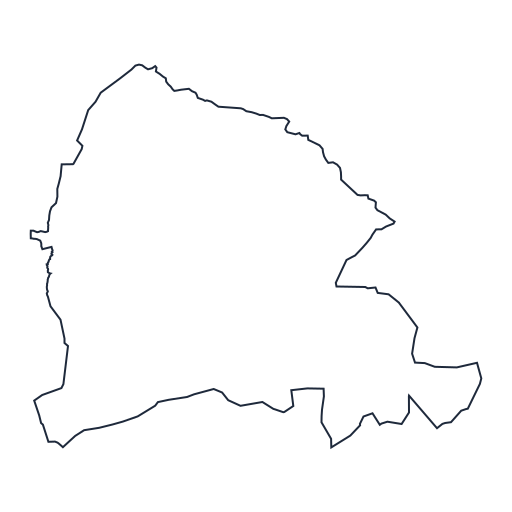 Dass, Bauchi, Nigeria
{"feature_id": "59680162B55124041708975", "entity_name": "Dass", "entity_type": "district", "adm_level": 2, "iso_a3": "NGA", "parent_name": "Nigeria", "parent_adm1": "Bauchi", "projection": "albers", "projection_center": [9.466, 10.009], "detail": "fine", "context": "isolated", "style": "outline", "palette": "slate", "viewbox_px": 512, "rotation_deg": 0, "n_neighbors": 0, "source": "geoboundaries", "source_scale": "gbopen_adm2", "svg_char_len": 3470}
<svg xmlns="http://www.w3.org/2000/svg" viewBox="0 0 512 512"><path d="M259.8,115.0L256.3,113.6L251.7,112.2L246.3,111.2L243.2,109.1L240.8,108.3L218.4,106.7L215.1,104.4L211.4,101.7L206.9,100.4L205.1,100.9L203.0,99.7L200.7,98.9L197.8,97.9L196.7,94.7L195.5,92.7L192.0,91.2L188.9,88.8L185.5,89.2L181.2,89.7L179.0,90.1L177.6,90.4L174.3,90.9L172.6,89.3L170.8,86.7L168.2,84.3L166.2,81.6L165.8,78.3L163.0,76.6L159.7,73.9L155.9,71.5L156.5,67.6L155.2,66.1L152.2,68.2L148.0,69.3L145.2,67.6L142.2,65.3L139.0,64.6L135.4,65.6L131.4,69.6L120.3,78.2L100.7,92.7L95.5,101.8L88.2,110.1L82.0,129.3L77.1,140.5L82.4,145.8L81.7,149.1L73.5,163.8L72.9,164.2L65.5,164.3L61.7,164.3L60.6,176.2L58.7,183.9L57.3,188.9L57.4,196.7L56.0,203.1L51.5,207.3L50.0,211.3L49.3,215.4L49.0,220.0L47.8,222.8L48.4,225.1L48.1,226.4L48.2,227.8L48.1,229.2L48.0,231.2L46.7,231.8L45.2,232.1L42.6,231.5L40.7,231.1L38.7,231.9L37.1,232.2L35.6,231.6L33.5,230.7L30.8,230.7L30.7,233.8L30.8,238.3L32.7,238.5L33.8,238.8L35.1,238.8L36.9,239.1L38.4,239.8L40.2,240.6L41.1,242.8L41.3,243.8L41.3,244.9L41.3,246.3L41.6,246.9L41.9,247.9L42.4,249.2L51.5,246.9L51.8,248.0L52.0,248.9L52.6,250.3L52.5,251.0L51.9,251.6L52.4,252.3L51.7,252.9L51.4,253.8L52.4,254.9L52.0,255.4L51.4,255.6L50.8,256.2L50.3,256.7L50.1,257.8L50.1,259.1L49.6,259.2L49.1,259.9L48.8,260.6L48.6,261.8L48.0,262.4L47.8,263.1L47.9,264.1L47.3,264.5L46.7,264.4L46.7,264.9L46.9,265.3L47.3,265.7L47.5,266.4L47.2,267.1L47.3,267.9L48.0,268.7L48.1,269.7L47.8,270.6L47.9,272.2L49.6,273.3L50.5,273.5L50.0,273.9L49.5,274.7L49.2,275.5L48.9,276.8L48.2,277.7L48.0,278.8L47.7,279.6L47.7,280.9L47.5,282.0L47.4,282.8L47.0,283.9L47.1,285.2L46.8,286.9L46.9,288.4L47.1,289.8L47.5,290.6L47.8,291.4L47.3,292.5L46.8,293.3L47.2,295.2L47.9,296.6L50.5,306.3L60.5,319.7L64.5,338.6L64.5,343.0L68.0,346.0L63.4,384.1L61.4,388.1L42.2,395.0L34.2,400.6L39.2,415.4L41.1,423.1L42.9,424.6L48.4,441.8L55.0,441.6L57.5,442.6L58.6,443.4L61.6,446.0L62.9,447.2L68.0,442.5L71.6,439.2L75.2,435.9L84.1,430.2L99.2,427.8L112.5,424.5L122.8,421.6L137.7,416.4L155.2,405.7L157.9,402.1L168.7,399.8L187.0,397.0L194.1,394.3L213.7,389.0L222.1,392.5L228.2,400.2L240.5,405.8L262.4,402.0L273.4,408.9L274.1,409.1L274.8,409.3L283.3,412.2L284.3,412.0L293.3,406.0L291.3,390.2L307.3,388.4L323.6,388.7L323.9,396.4L322.0,409.7L321.6,416.0L321.5,422.3L331.1,438.8L331.3,447.4L350.3,435.6L360.1,425.3L359.9,423.9L363.5,416.5L372.5,413.3L379.8,424.8L381.4,423.6L387.4,421.7L401.6,424.0L409.0,412.5L408.9,396.2L409.0,395.6L437.0,428.2L442.4,423.9L445.1,423.0L451.0,422.2L461.2,410.7L466.2,409.0L466.3,409.0L467.8,408.7L479.9,383.9L481.3,378.4L477.0,362.8L456.8,367.4L434.8,366.8L424.8,363.1L415.0,362.6L412.1,353.7L414.5,338.2L417.4,327.5L399.0,302.8L399.0,302.7L388.6,294.3L377.7,292.9L375.5,287.5L367.7,288.3L365.3,287.0L336.5,286.5L335.8,282.8L346.5,260.0L352.1,257.0L355.1,255.5L362.5,247.7L366.7,242.9L370.7,237.9L372.4,234.7L376.1,229.4L381.5,229.3L386.1,226.5L393.5,223.6L394.6,221.6L389.7,218.4L385.7,214.6L377.4,210.2L375.5,207.6L375.7,204.9L375.9,202.3L374.1,200.6L368.4,198.6L367.7,195.3L364.7,195.2L360.6,195.4L357.5,194.9L341.1,179.6L341.1,176.5L340.9,172.2L340.0,167.9L337.1,164.6L333.0,162.3L328.3,162.9L325.9,159.6L324.1,156.3L323.0,152.2L322.6,148.9L319.5,145.3L310.9,141.1L308.3,139.9L307.7,135.6L302.2,135.7L300.2,134.2L299.4,133.0L295.5,134.3L287.3,132.2L285.3,129.4L286.4,126.0L289.2,121.6L287.0,119.1L283.9,117.8L271.8,118.3L268.9,116.9L263.0,114.9L259.8,115.0Z" fill="none" stroke="#1e293b" stroke-width="2"/></svg>